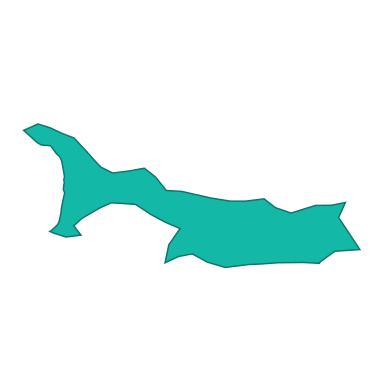 the district of Palaichori Oreinis, Nicosia, Cyprus, rotated 83°
{"feature_id": "46923920B93188189979448", "entity_name": "Palaichori Oreinis", "entity_type": "district", "adm_level": 2, "iso_a3": "CYP", "parent_name": "Cyprus", "parent_adm1": "Nicosia", "projection": "equal_earth", "projection_center": [33.105, 34.937], "detail": "fine", "context": "isolated", "style": "filled", "palette": "teal", "viewbox_px": 384, "rotation_deg": 83, "n_neighbors": 0, "source": "geoboundaries", "source_scale": "gbopen_adm2", "svg_char_len": 1094}
<svg xmlns="http://www.w3.org/2000/svg" viewBox="0 0 384 384"><g transform="rotate(83 192 192)"><path d="M221.1,41.0L222.2,55.1L220.4,71.1L222.2,81.2L225.0,96.2L217.7,111.2L207.6,121.2L207.6,140.2L205.7,155.2L200.2,174.3L190.1,202.3L187.4,217.3L172.7,226.4L162.6,236.4L163.5,253.4L163.5,268.4L156.2,279.5L147.9,285.5L137.8,292.5L124.1,302.5L117.6,314.5L111.2,324.6L105.7,336.6L110.3,351.6L124.1,339.6L126.8,336.1L127.5,333.6L128.8,326.8L131.5,325.2L137.7,321.8L140.3,319.3L145.1,317.6L152.2,317.1L161.3,316.7L164.2,317.8L167.2,317.6L169.0,318.3L169.8,318.4L173.6,319.4L177.4,318.5L184.3,321.0L189.9,322.8L192.9,323.8L196.0,324.4L200.1,325.7L204.5,327.2L207.8,329.2L209.9,331.8L213.3,336.6L213.8,337.9L215.8,334.6L221.3,322.6L221.3,307.5L211.2,313.5L204.8,304.5L196.6,285.5L192.9,273.5L194.7,263.4L197.5,249.4L209.4,235.4L218.6,222.4L226.8,208.3L241.5,221.4L259.0,227.4L254.4,213.3L253.4,199.3L263.5,185.3L270.9,168.3L270.9,144.2L271.8,133.2L272.7,115.2L275.5,90.2L278.3,74.3L276.8,73.0L268.2,57.4L269.6,32.4L235.2,49.6L221.1,41.0Z" fill="#14b8a6" stroke="#0f766e" stroke-width="1.5"/></g></svg>